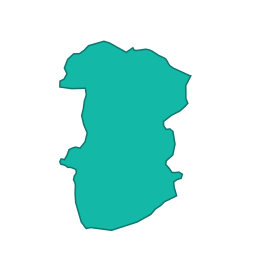 an SVG outline of Montana, rotated 159°
{"feature_id": "BGR-2250", "entity_name": "Montana", "entity_type": "Province", "adm_level": 1, "iso_a3": "BGR", "parent_name": "Bulgaria", "parent_adm1": "", "projection": "orthographic", "projection_center": [23.215, 43.499], "detail": "fine", "context": "isolated", "style": "filled", "palette": "teal", "viewbox_px": 256, "rotation_deg": 159, "n_neighbors": 0, "source": "natural_earth", "source_scale": "10m", "svg_char_len": 1238}
<svg xmlns="http://www.w3.org/2000/svg" viewBox="0 0 256 256"><g transform="rotate(159 128 128)"><path d="M94.7,201.1L94.4,198.3L91.6,197.1L83.2,195.2L80.2,193.3L77.8,190.9L73.3,184.7L69.2,180.5L68.1,178.9L67.6,177.0L67.1,172.8L66.5,170.9L64.3,167.7L52.2,155.3L50.7,154.2L58.8,147.0L63.4,134.7L63.3,129.7L66.8,127.8L73.1,125.4L82.9,124.3L92.5,121.4L93.9,117.5L92.9,113.0L89.2,112.1L87.3,108.6L89.9,96.1L95.8,86.8L104.0,83.7L105.9,80.4L104.0,75.6L103.0,70.8L99.7,69.4L96.3,68.6L93.8,65.3L96.4,62.0L100.6,62.3L104.8,61.2L106.2,55.7L106.9,47.3L120.3,46.1L125.4,43.9L131.4,42.6L137.7,39.2L153.0,37.0L180.0,38.4L198.4,48.4L203.1,49.2L205.3,56.9L203.5,77.3L200.9,85.7L197.6,93.5L197.1,96.3L197.4,99.2L195.4,102.3L192.4,104.5L191.5,108.0L194.4,110.8L196.3,112.1L198.3,112.8L199.7,115.1L201.5,116.9L203.6,118.1L203.8,120.9L201.5,123.1L198.6,121.3L194.6,124.5L190.8,128.9L187.4,129.2L184.0,129.0L179.9,126.4L173.0,130.5L167.8,138.1L168.1,147.1L166.8,156.2L162.7,162.1L159.2,168.6L155.0,173.9L153.6,180.4L166.4,184.9L176.9,190.7L174.7,196.1L170.3,196.5L165.5,200.5L165.9,206.8L159.7,213.7L152.1,216.7L146.6,214.8L141.2,216.2L135.3,219.0L119.4,217.6L114.9,214.1L102.6,199.3L94.7,201.1Z" fill="#14b8a6" stroke="#0f766e" stroke-width="1.5"/></g></svg>